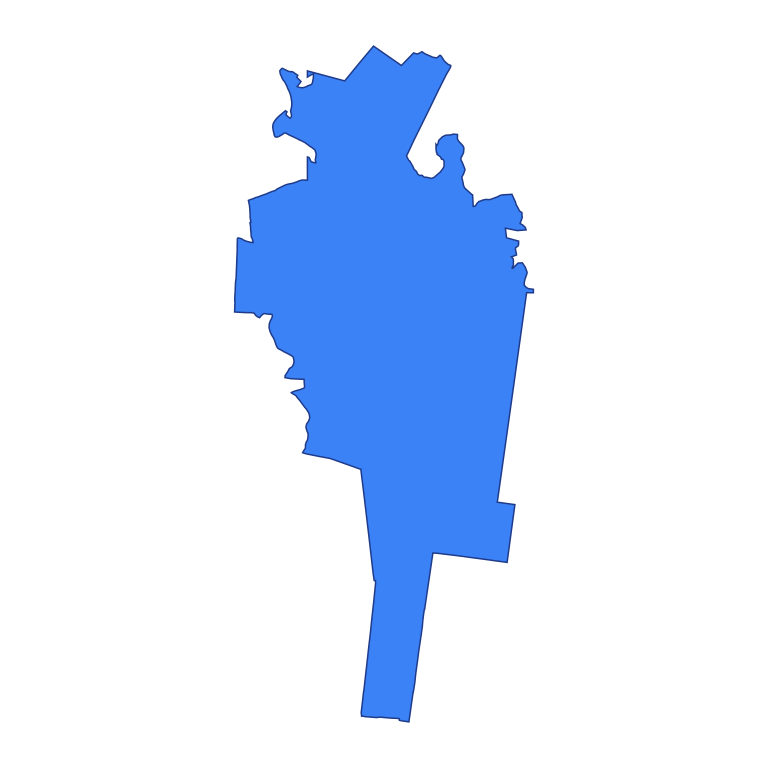 outline of Stoenesti, Giurgiu, Romania
{"feature_id": "2599482B4424245077125", "entity_name": "Stoenesti", "entity_type": "district", "adm_level": 2, "iso_a3": "ROU", "parent_name": "Romania", "parent_adm1": "Giurgiu", "projection": "mercator", "projection_center": [25.883, 44.12], "detail": "fine", "context": "isolated", "style": "filled", "palette": "blue", "viewbox_px": 768, "rotation_deg": 0, "n_neighbors": 0, "source": "geoboundaries", "source_scale": "gbopen_adm2", "svg_char_len": 6021}
<svg xmlns="http://www.w3.org/2000/svg" viewBox="0 0 768 768"><path d="M408.9,721.9L413.1,692.2L413.3,692.2L414.8,682.8L415.8,673.3L417.7,659.5L418.8,650.7L420.7,638.2L420.8,636.8L421.0,636.3L421.6,631.7L422.3,627.0L422.9,619.8L423.5,615.0L424.3,609.5L424.6,609.5L432.9,553.0L437.7,553.3L457.5,555.7L507.1,562.4L514.9,504.6L497.3,502.2L513.6,386.1L526.6,292.7L533.4,292.8L533.4,289.3L528.6,288.7L526.5,287.6L524.3,285.3L524.2,283.0L524.9,279.5L526.9,273.8L527.1,272.2L525.3,267.2L522.3,262.8L518.0,263.1L516.4,264.8L514.8,266.2L512.9,268.3L512.0,267.9L513.4,265.0L513.4,260.3L513.1,258.7L511.4,256.9L516.5,255.0L516.5,254.5L515.4,249.0L515.6,247.8L516.4,247.1L517.9,246.2L518.5,244.9L518.6,244.4L518.6,241.1L506.5,237.8L505.4,228.2L517.3,230.6L526.1,229.9L525.3,227.5L523.8,226.0L522.7,225.0L521.6,224.3L520.1,223.5L522.3,217.3L522.0,215.6L522.0,213.2L521.8,212.5L519.4,210.9L518.8,209.4L516.4,205.1L515.8,203.5L515.5,202.1L511.9,194.3L502.4,194.9L500.2,195.4L497.5,196.8L490.3,199.5L488.1,199.6L486.0,199.4L482.7,200.1L480.3,201.1L478.9,201.5L477.1,203.3L475.7,205.4L475.1,206.0L474.0,206.4L473.2,206.4L472.6,194.9L471.6,194.3L464.8,188.1L464.1,186.8L463.5,185.4L463.1,182.9L461.9,177.7L461.8,177.1L463.4,174.3L464.9,170.2L464.9,169.1L462.2,162.2L461.1,160.3L460.8,158.3L463.5,152.9L463.9,148.8L463.8,147.8L463.3,146.3L462.1,144.8L458.8,141.4L457.4,139.0L457.5,134.5L453.4,134.1L450.8,134.9L445.7,135.2L442.4,136.8L438.8,140.3L438.0,143.6L436.8,145.6L436.0,144.4L436.0,149.2L436.4,152.2L437.1,153.1L436.9,154.2L440.5,156.9L441.3,158.9L441.8,159.3L442.5,159.1L443.1,159.6L443.7,160.4L444.1,161.5L444.0,163.4L444.1,165.3L444.0,166.3L443.7,167.2L442.7,168.8L440.3,172.0L433.8,177.6L431.3,178.4L426.3,177.2L424.4,177.3L421.8,175.2L419.8,175.6L417.7,174.1L416.5,171.5L414.1,169.3L412.7,166.1L409.8,161.1L408.6,160.2L406.5,155.8L408.1,152.7L413.8,140.5L429.0,109.7L438.1,90.9L446.0,75.1L449.6,68.9L450.7,66.7L450.8,66.1L450.7,65.4L449.6,65.0L447.8,64.2L444.2,60.9L443.6,59.8L441.7,56.9L441.0,55.9L440.3,55.4L440.0,55.3L439.6,55.5L437.5,57.4L436.8,57.7L436.1,57.8L435.5,57.7L434.6,57.5L432.6,57.2L430.8,56.3L425.2,53.9L421.9,51.7L419.8,53.0L417.7,53.8L417.1,53.9L416.0,53.7L413.6,52.9L401.4,65.5L373.5,46.1L357.8,64.9L344.7,80.9L307.4,70.9L307.4,77.1L309.8,75.6L311.8,74.6L313.5,73.9L313.3,78.1L312.3,83.2L311.4,84.5L307.4,86.0L306.6,86.5L305.2,87.1L302.9,87.7L301.6,87.7L300.0,87.5L298.9,87.3L297.2,86.6L297.7,85.9L299.9,83.1L301.0,81.5L296.8,77.3L297.8,75.3L292.8,71.9L291.8,71.6L290.5,71.7L288.8,71.4L287.0,70.6L284.2,69.2L282.2,68.3L281.1,69.1L279.8,70.8L280.2,73.6L280.6,74.8L281.4,76.4L281.9,77.8L283.1,80.0L284.8,82.0L286.2,84.8L286.8,85.9L287.8,88.6L289.0,91.0L290.3,94.3L291.0,97.1L291.8,102.5L291.8,104.3L291.5,107.5L291.4,108.1L290.7,110.2L290.6,111.1L290.9,112.5L291.3,114.1L291.5,115.2L291.5,115.8L291.3,116.6L290.8,117.7L290.3,118.2L289.9,118.1L287.7,116.4L285.9,114.7L286.2,113.5L287.0,111.8L285.4,110.7L278.7,116.4L276.2,118.9L274.9,120.7L273.7,122.6L273.0,124.5L272.8,126.1L272.8,127.8L273.1,129.9L274.4,135.6L275.0,136.6L275.7,137.0L276.5,137.1L277.1,137.0L278.4,136.7L279.2,136.3L282.0,134.7L283.3,133.8L284.6,133.1L285.0,132.9L285.9,133.1L289.0,134.9L297.0,138.6L299.3,139.9L302.1,141.1L305.1,142.7L310.3,146.6L312.3,147.8L315.0,150.1L315.2,151.0L315.6,152.0L316.1,153.7L316.0,155.9L315.3,159.7L315.4,160.9L315.9,162.7L314.2,162.7L313.3,162.5L313.2,162.3L312.8,162.1L311.5,161.9L311.2,161.6L310.4,160.3L310.0,159.2L309.1,157.6L308.7,157.3L307.4,157.0L307.4,180.2L304.0,180.0L302.5,180.0L300.8,180.3L298.5,181.1L297.0,181.8L292.5,183.3L289.2,183.9L286.4,184.6L284.2,185.5L278.7,188.2L277.3,188.9L275.3,190.4L272.9,191.3L271.9,191.5L271.4,191.8L269.5,192.5L265.8,194.1L261.4,195.6L258.2,196.9L256.0,197.4L253.1,198.7L249.8,199.8L248.4,200.4L249.4,205.2L249.8,208.7L250.1,214.7L250.1,216.9L250.4,219.4L250.7,220.7L250.8,222.5L250.0,222.6L250.6,227.1L250.6,228.9L251.2,235.4L251.1,235.5L251.4,237.3L251.9,237.7L253.1,242.0L253.1,242.6L250.9,242.3L250.5,242.3L246.6,241.3L243.4,240.0L242.2,239.2L241.3,238.7L240.3,238.4L238.7,238.0L238.2,238.0L237.7,238.1L237.4,238.5L237.2,245.0L237.2,250.2L237.0,255.2L236.1,278.1L236.1,278.5L235.8,279.9L235.5,282.6L235.1,292.8L234.9,295.1L234.7,300.4L234.7,301.0L234.9,301.1L235.0,301.3L234.6,312.0L245.3,312.6L251.4,312.7L253.8,313.1L254.3,313.2L254.5,313.4L255.3,314.9L255.8,315.4L257.3,316.7L258.1,317.1L259.6,317.7L261.4,315.5L262.8,314.3L263.8,313.7L264.3,313.6L269.8,314.3L271.2,314.2L271.9,314.3L272.3,315.5L272.3,316.8L271.2,319.3L270.4,320.7L270.0,321.6L269.8,322.6L269.3,323.7L269.2,324.4L269.2,326.0L269.0,327.5L269.9,330.9L270.4,332.4L271.9,335.5L272.8,336.8L274.3,339.7L276.0,344.8L276.5,346.0L277.2,347.3L277.7,348.1L278.7,348.9L281.2,350.1L284.2,351.9L286.9,353.2L290.3,355.0L292.1,356.1L293.4,357.4L293.4,358.1L293.9,360.1L294.0,361.6L293.7,363.5L293.4,364.3L292.4,366.4L291.8,367.0L289.9,368.2L289.2,368.8L288.4,370.5L287.7,371.7L285.1,375.6L285.3,376.4L284.9,377.2L284.9,377.6L290.8,378.7L300.4,379.2L304.1,379.3L304.2,382.8L304.5,385.9L304.5,387.2L304.2,387.9L302.8,388.6L300.0,389.6L296.8,390.5L293.3,391.6L291.3,392.6L291.8,393.2L294.9,395.0L296.2,395.9L296.8,397.0L299.8,400.6L304.4,406.8L306.9,409.8L307.4,410.9L307.8,411.5L308.2,411.9L308.9,413.4L309.3,414.7L309.6,416.7L309.8,417.2L309.4,419.0L308.6,420.9L308.0,422.2L306.9,423.5L306.2,425.5L306.0,426.7L306.1,428.3L307.4,432.1L307.8,432.8L308.0,433.7L308.1,435.1L307.9,437.6L307.7,438.9L307.4,440.2L306.1,442.4L305.6,444.3L305.4,445.2L305.5,446.6L305.3,448.3L304.8,449.2L303.7,450.7L302.6,452.7L304.6,453.4L307.5,454.1L320.0,456.6L329.9,458.4L361.0,469.4L361.0,470.8L364.0,495.1L369.0,537.3L373.2,573.9L374.2,580.5L375.4,580.5L375.6,583.0L373.9,600.0L371.6,620.8L370.5,632.0L368.4,650.0L367.4,659.3L367.3,660.1L363.9,690.2L363.5,692.3L362.9,698.0L361.2,712.5L361.6,716.2L362.8,716.1L364.6,716.6L365.7,716.7L376.1,717.5L377.6,717.5L379.6,717.1L389.6,718.0L398.9,718.5L399.2,718.6L399.3,719.0L399.2,720.1L399.4,720.3L401.6,720.8L408.9,721.9Z" fill="#3b82f6" stroke="#1e3a8a" stroke-width="1.5"/></svg>